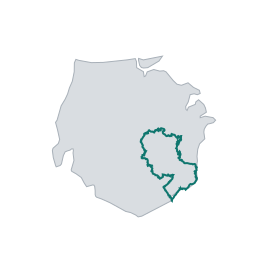 location of Bombali, Northern, Sierra Leone, rotated 153°
{"feature_id": "65957751B29483301504535", "entity_name": "Bombali", "entity_type": "district", "adm_level": 2, "iso_a3": "SLE", "parent_name": "Sierra Leone", "parent_adm1": "Northern", "projection": "orthographic", "projection_center": [-12.185, 9.331], "detail": "fine", "context": "in_parent", "style": "outline", "palette": "teal", "viewbox_px": 256, "rotation_deg": 153, "n_neighbors": 0, "source": "geoboundaries", "source_scale": "gbopen_adm2", "svg_char_len": 6976}
<svg xmlns="http://www.w3.org/2000/svg" viewBox="0 0 256 256"><g transform="rotate(153 128 128)"><path d="M209.6,126.0L209.5,127.7L208.0,135.5L205.6,142.3L204.0,144.0L197.1,145.8L194.1,148.8L191.6,158.4L190.0,165.9L187.6,167.2L177.5,178.1L170.9,182.2L166.3,185.8L161.9,190.4L156.4,194.9L150.4,202.5L146.2,210.4L143.3,212.8L141.1,210.6L131.0,202.9L120.3,197.7L97.6,189.0L90.0,186.5L90.3,183.4L92.9,177.8L88.7,171.2L90.3,166.4L88.7,166.4L85.4,169.3L78.5,168.4L73.9,164.3L70.2,162.8L68.6,160.7L66.2,149.8L64.5,144.8L61.0,141.8L54.0,141.0L51.2,134.4L47.3,129.2L48.0,126.0L51.1,126.2L53.6,128.5L57.5,129.5L62.5,123.9L66.9,120.9L67.9,118.3L67.4,116.8L64.7,119.1L57.4,118.5L55.6,120.5L52.3,121.1L49.8,114.6L49.9,110.7L51.0,106.5L58.3,105.8L59.0,104.4L53.9,103.5L47.5,98.6L46.4,95.2L49.5,94.0L52.6,94.6L55.2,95.3L58.0,94.1L60.7,92.2L62.3,89.9L64.5,83.5L71.4,81.4L75.5,77.4L79.4,71.4L81.1,67.1L82.7,65.0L83.7,63.1L84.5,61.1L86.2,59.3L88.0,54.8L89.3,50.6L93.3,48.7L101.4,46.9L108.7,49.9L120.6,47.3L121.2,43.5L132.1,43.4L145.0,43.3L155.7,43.2L159.3,44.2L160.7,47.1L164.2,51.6L167.9,54.7L172.5,61.5L177.9,69.5L183.7,76.7L187.4,80.6L187.8,81.9L187.5,83.5L185.7,87.1L184.2,91.1L184.3,92.6L185.4,93.3L191.5,94.5L192.0,98.9L192.1,105.1L195.0,110.7L197.8,114.9L197.7,116.4L190.9,123.6L188.3,130.7L186.9,132.7L186.4,134.3L187.8,135.0L189.6,134.6L192.3,135.1L194.8,135.3L198.1,132.8L203.6,126.2L205.5,125.4L209.6,126.0ZM87.8,183.8L87.0,185.2L83.4,181.7L64.7,176.4L70.0,173.6L83.0,172.8L86.9,174.4L88.6,175.8L89.2,178.4L87.8,183.8Z" fill="#d9dde1" stroke="#a8b0b8" stroke-width="1"/><path d="M99.1,112.8L99.4,112.6L99.6,112.3L99.7,111.4L99.9,111.1L100.3,111.2L100.5,111.8L100.8,112.0L101.3,111.6L101.6,111.6L101.9,111.7L102.0,111.9L101.7,112.2L101.7,113.2L101.3,113.3L101.2,113.5L101.3,113.8L101.8,113.7L102.1,113.5L102.2,113.0L102.2,112.3L102.4,111.9L103.1,113.0L103.4,113.3L104.2,113.6L104.5,113.6L104.5,113.1L104.8,112.9L105.1,112.9L105.3,113.2L105.6,113.2L106.6,112.1L107.0,112.4L107.7,113.5L108.1,113.9L109.1,114.2L109.6,114.9L110.2,116.4L110.6,116.4L110.8,115.9L111.4,115.8L112.0,115.4L112.5,115.5L112.6,115.3L112.3,114.9L112.5,114.2L113.0,114.2L113.2,114.3L113.0,114.7L113.2,115.2L113.6,114.9L114.0,114.9L114.3,115.0L114.2,115.5L114.4,115.6L114.6,115.6L114.9,115.0L115.1,115.1L115.1,115.4L115.4,115.4L115.8,115.6L116.2,115.5L116.5,115.0L116.5,114.6L116.6,114.1L119.0,112.9L119.4,112.6L120.9,111.7L121.1,111.8L121.3,111.4L121.7,111.5L122.1,110.9L122.5,110.6L122.5,110.0L122.8,110.1L122.9,109.9L123.0,109.6L122.7,109.1L122.8,108.7L122.6,107.4L122.8,107.1L122.7,106.6L122.9,105.9L122.7,105.7L123.2,105.2L123.4,104.7L123.7,104.6L123.7,104.4L123.6,103.6L123.3,103.2L123.3,102.4L123.5,101.0L123.2,100.9L123.4,100.6L123.0,100.4L122.9,100.1L122.5,99.5L123.0,99.4L123.4,99.4L123.8,98.9L123.4,98.6L123.8,98.3L124.5,97.9L125.0,98.1L125.7,97.4L125.5,97.0L125.5,96.8L125.9,96.8L126.1,97.0L126.2,96.9L126.0,96.5L126.1,96.4L126.6,97.1L127.3,97.3L127.4,96.9L127.9,96.7L128.1,96.3L128.3,96.2L128.4,95.8L128.7,95.6L129.0,95.7L129.0,95.0L129.3,94.9L129.2,94.6L128.0,94.0L127.4,93.9L126.6,93.4L126.4,93.0L126.4,92.5L126.2,92.1L125.4,92.0L125.0,91.3L125.2,89.8L125.4,89.4L125.9,89.1L126.3,88.6L126.1,87.8L126.6,87.0L127.0,86.8L127.4,86.4L127.5,85.3L127.2,85.3L127.0,85.2L126.1,85.2L125.9,85.4L125.5,85.4L125.3,85.1L125.1,84.7L125.1,84.1L124.5,84.2L124.3,83.7L123.7,83.6L123.7,83.3L124.3,83.2L124.5,83.4L125.3,83.4L124.6,81.0L124.9,80.6L126.8,78.9L126.7,78.5L126.3,78.2L125.9,78.2L126.6,76.1L125.0,74.3L124.9,73.9L125.0,73.5L124.3,73.2L123.9,72.6L123.6,72.6L123.3,72.4L122.9,71.2L123.2,70.7L123.1,70.4L123.3,70.3L123.6,70.3L123.6,70.1L123.1,69.5L122.8,69.4L122.6,69.9L122.4,69.8L122.6,68.4L122.1,68.3L121.1,68.4L120.8,68.4L120.0,68.5L119.5,68.8L119.1,68.7L118.8,69.3L118.5,69.4L118.4,69.8L118.6,69.8L118.5,70.1L118.3,70.2L118.1,70.8L116.5,69.6L115.4,68.3L115.1,68.2L114.8,67.8L114.6,67.7L114.4,67.9L113.7,68.1L113.4,67.9L113.3,68.0L113.0,67.2L113.1,66.8L112.6,66.2L112.6,66.4L112.4,66.4L111.8,66.1L111.5,66.2L111.5,66.4L111.0,66.2L110.6,65.9L110.5,66.1L110.2,65.9L109.8,66.1L109.6,66.0L109.4,66.0L109.3,65.7L109.1,65.6L110.2,64.9L110.4,64.6L110.3,64.2L110.6,63.6L111.6,62.6L113.5,61.9L114.1,61.5L114.5,61.8L114.7,61.7L115.0,61.4L114.8,61.2L115.3,61.4L116.1,61.3L116.2,61.1L116.1,60.7L116.4,60.7L116.8,60.5L117.5,60.5L117.6,60.2L119.2,59.8L120.5,59.7L121.1,59.3L121.2,59.5L121.4,59.5L121.5,59.6L122.8,59.5L122.8,59.1L123.3,58.8L123.0,57.4L123.1,55.7L122.8,55.3L123.0,55.1L122.7,54.4L122.6,53.6L122.6,53.2L122.5,52.9L122.5,52.6L122.3,52.2L122.4,50.6L122.6,49.5L122.4,49.3L122.0,49.4L121.7,49.2L121.5,48.8L121.5,48.4L121.9,48.3L122.0,48.0L122.2,47.7L121.8,47.3L122.0,46.9L121.3,46.1L121.3,45.3L121.5,45.1L122.0,43.5L121.9,43.2L120.9,44.6L120.1,44.8L118.7,45.4L117.6,46.4L116.7,46.6L116.4,46.8L115.7,46.9L113.8,48.1L112.8,48.5L112.4,48.5L111.9,49.0L110.8,49.3L109.6,50.3L109.4,49.9L109.0,50.2L109.1,49.9L108.8,50.0L108.5,49.8L108.6,50.2L108.3,50.0L108.1,49.6L107.8,49.7L107.6,49.4L107.5,49.5L107.3,49.5L107.2,49.3L107.1,49.2L106.9,49.3L106.2,49.0L105.7,48.5L105.4,48.5L104.7,48.1L104.6,46.9L101.2,47.9L100.1,48.6L99.3,49.3L98.0,49.7L97.6,49.7L96.7,48.9L95.1,48.7L93.6,48.8L90.6,50.7L90.4,51.1L89.7,51.5L89.4,52.1L89.6,52.3L89.9,52.2L90.0,52.4L90.0,53.4L89.6,53.3L89.4,53.8L89.5,54.2L89.0,55.0L88.9,55.8L88.4,56.6L88.9,56.5L89.1,57.0L88.8,57.2L88.1,57.1L87.9,57.5L88.4,58.7L88.4,59.1L88.2,59.2L87.8,58.9L87.9,58.4L87.7,58.2L87.5,58.3L87.5,58.7L86.7,59.1L86.0,59.3L85.9,59.5L85.8,60.4L85.5,61.2L85.4,61.9L84.9,61.4L84.7,61.5L84.6,61.8L85.0,63.1L84.6,64.5L84.6,65.1L85.0,65.4L85.0,65.7L86.1,66.1L86.7,66.1L87.3,67.0L88.5,67.6L89.2,68.1L91.1,69.8L93.5,70.9L93.8,71.3L93.9,72.8L94.8,73.8L94.8,74.3L94.5,75.0L94.7,75.3L95.2,75.2L95.8,75.4L96.1,75.6L96.4,76.1L96.0,77.4L96.6,78.5L96.3,78.7L95.9,78.7L95.7,78.2L95.4,78.0L95.0,78.3L94.6,79.4L94.0,79.8L94.2,80.7L95.2,81.4L95.4,81.8L95.3,82.2L94.6,82.3L94.2,82.1L93.9,81.5L93.5,81.3L93.4,80.7L93.2,80.7L93.0,81.1L93.1,82.3L92.6,82.9L92.7,83.7L93.5,83.2L94.0,83.4L94.7,84.2L94.7,84.6L94.8,85.3L94.2,86.0L93.9,87.2L93.9,87.6L94.3,88.0L93.4,88.7L92.6,89.5L92.4,90.1L92.0,90.4L91.9,90.8L92.1,91.2L92.0,91.6L91.7,91.8L91.6,92.1L91.2,92.2L91.1,92.4L90.9,92.4L90.7,91.9L91.2,91.5L91.3,91.3L90.6,90.5L89.2,91.8L89.4,92.0L90.0,92.7L89.7,93.2L89.9,93.5L89.3,93.6L89.2,93.9L88.8,93.3L88.3,93.0L88.2,93.1L88.0,93.6L87.2,94.2L86.9,94.1L86.7,93.8L87.3,93.3L87.0,93.0L86.6,93.0L86.5,93.3L85.9,93.7L85.9,93.9L86.1,93.9L85.9,94.7L85.4,94.9L85.3,95.3L84.8,95.9L84.7,96.4L84.4,96.7L84.9,96.9L86.9,96.6L86.8,97.6L86.9,98.0L87.2,98.0L87.8,97.1L88.5,96.6L89.0,97.5L89.4,99.0L89.5,100.5L89.9,101.0L90.9,101.5L91.0,102.0L91.5,102.5L91.8,102.5L91.9,102.8L92.2,102.7L92.9,101.4L93.2,101.8L94.0,101.6L94.4,102.0L94.8,102.0L95.1,102.6L95.1,103.1L95.4,103.3L96.3,103.0L97.2,103.2L97.8,104.1L97.9,105.3L98.4,105.9L99.1,107.0L99.2,107.6L98.7,108.9L98.1,109.3L97.8,109.3L97.0,109.0L96.4,109.5L96.3,110.3L96.5,110.9L97.6,111.8L98.2,112.5L99.1,112.8Z" fill="none" stroke="#0f766e" stroke-width="2"/></g></svg>